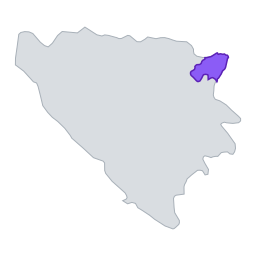 Bijeljina highlighted on a map of Bosnia and Herzegovina
{"feature_id": "BIH-4804", "entity_name": "Bijeljina", "entity_type": "state/province", "adm_level": 1, "iso_a3": "BIH", "parent_name": "Bosnia and Herzegovina", "parent_adm1": "", "projection": "natural_earth1", "projection_center": [19.107, 44.733], "detail": "fine", "context": "in_parent", "style": "filled", "palette": "violet", "viewbox_px": 256, "rotation_deg": 0, "n_neighbors": 0, "source": "natural_earth", "source_scale": "10m", "svg_char_len": 2742}
<svg xmlns="http://www.w3.org/2000/svg" viewBox="0 0 256 256"><path d="M226.8,56.4L227.2,58.0L225.9,63.8L223.5,70.0L219.4,76.5L215.2,82.6L214.1,85.8L213.8,90.9L213.3,95.0L213.9,97.2L215.3,99.3L219.9,100.9L226.2,104.9L231.6,110.2L238.5,116.3L240.6,118.5L240.6,120.9L238.6,122.7L232.8,123.4L226.6,122.8L224.3,122.2L222.1,123.0L220.7,124.3L221.5,125.9L227.7,133.3L235.1,143.8L235.5,148.3L234.6,151.8L232.9,154.3L229.9,153.9L227.5,151.9L224.0,152.1L221.3,152.6L217.8,156.4L216.0,156.3L213.0,156.8L211.0,157.6L208.0,156.5L204.8,155.8L203.4,156.9L202.8,159.1L204.8,163.2L208.5,169.5L207.9,174.3L205.1,174.9L202.5,170.8L200.2,170.2L197.5,170.3L191.5,175.0L187.1,178.9L186.1,181.7L184.5,184.7L184.0,186.8L184.1,194.1L176.1,195.2L174.4,196.3L173.5,198.5L174.1,207.7L174.7,212.7L179.3,220.4L179.4,222.8L178.8,224.4L175.5,227.5L174.0,228.6L172.9,228.9L167.6,226.9L165.1,226.0L154.5,219.2L149.8,215.4L142.4,210.5L137.8,207.7L135.5,203.4L131.9,202.4L127.6,203.8L122.7,200.7L126.2,199.1L127.1,197.6L126.6,195.6L125.1,192.9L112.1,181.3L105.7,173.4L104.7,170.5L104.6,162.9L103.1,161.1L93.5,157.7L82.8,147.8L71.8,138.2L70.3,135.5L64.7,128.2L57.8,121.5L52.3,117.3L47.8,112.5L42.8,105.7L40.4,95.6L38.1,86.5L36.6,83.0L33.4,81.8L23.7,71.1L15.4,64.9L15.5,58.2L17.1,47.0L18.8,34.3L20.8,32.5L24.7,31.6L29.0,31.9L32.8,33.5L40.3,42.2L44.5,45.6L48.2,46.9L52.4,43.2L57.6,35.5L62.2,31.5L77.4,32.9L84.9,27.1L96.9,34.8L101.9,36.0L104.7,34.9L108.5,35.4L116.9,37.7L118.9,38.6L121.4,38.5L127.7,35.4L129.9,35.8L137.0,41.7L140.6,41.8L145.0,39.2L147.7,37.0L156.0,38.7L160.7,37.7L164.6,37.6L168.8,38.6L172.7,40.0L176.5,41.2L186.7,41.8L191.5,45.6L193.5,49.2L193.5,51.4L194.0,53.8L196.8,56.2L202.9,57.5L206.8,57.2L208.8,57.1L214.1,55.0L220.2,53.9L224.7,55.1L226.8,56.4Z" fill="#d9dde1" stroke="#a8b0b8" stroke-width="1"/><path d="M204.9,57.7L206.7,57.7L207.3,57.5L209.2,57.0L210.4,56.8L211.3,56.5L216.6,53.1L217.3,52.9L217.7,53.3L217.9,54.0L218.2,54.3L218.8,54.3L219.8,53.9L220.4,53.8L223.0,54.3L223.5,54.2L224.0,54.0L224.5,54.0L225.7,55.0L226.3,55.2L226.9,55.2L227.0,55.1L227.3,55.2L227.6,55.6L227.9,55.9L228.2,56.3L228.3,56.9L228.4,57.7L228.2,57.9L227.9,58.0L227.6,58.3L225.6,67.2L225.0,68.6L224.4,69.4L223.2,70.3L222.6,70.9L222.2,71.6L221.3,73.8L218.6,78.0L218.3,78.3L217.7,78.6L217.4,79.0L217.3,79.5L217.3,80.6L217.2,81.2L216.9,81.8L216.2,80.5L215.0,79.0L213.1,77.8L212.2,77.6L210.7,78.1L209.1,79.1L208.2,79.6L208.1,75.9L207.7,74.7L205.6,74.3L203.5,74.7L202.8,75.9L201.7,78.2L200.0,80.9L198.6,81.5L197.5,81.5L196.5,80.8L193.4,77.4L191.1,75.4L190.5,73.9L190.6,72.2L191.3,71.3L193.0,70.4L194.5,69.4L195.0,67.7L194.9,66.4L195.9,65.3L196.8,64.7L199.7,64.5L201.1,63.5L201.8,61.5L202.7,60.3L204.0,59.7L204.9,59.1L204.9,57.7Z" fill="#8b5cf6" stroke="#5b21b6" stroke-width="1.5"/></svg>